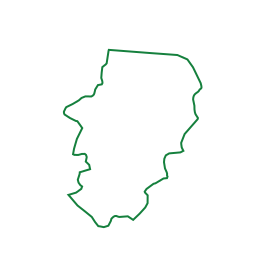 map outline of Santa Bárbara (Robinson projection), rotated 45°
{"feature_id": "HND-650", "entity_name": "Santa Bárbara", "entity_type": "Department", "adm_level": 1, "iso_a3": "HND", "parent_name": "Honduras", "parent_adm1": "", "projection": "robinson", "projection_center": [-88.343, 15.095], "detail": "fine", "context": "isolated", "style": "outline", "palette": "green", "viewbox_px": 256, "rotation_deg": 45, "n_neighbors": 0, "source": "natural_earth", "source_scale": "10m", "svg_char_len": 1596}
<svg xmlns="http://www.w3.org/2000/svg" viewBox="0 0 256 256"><g transform="rotate(45 128 128)"><path d="M59.2,86.3L74.6,73.1L90.0,59.9L105.5,46.5L111.3,41.5L121.5,37.5L131.0,39.1L147.7,44.9L150.3,46.5L151.5,47.6L151.7,48.4L151.5,50.1L151.9,51.9L151.9,53.0L151.5,55.4L151.4,56.9L151.6,58.1L152.0,59.2L152.8,60.5L153.9,61.8L159.2,65.3L161.8,67.8L164.2,69.6L166.0,70.5L170.4,71.5L171.0,72.5L172.3,92.2L176.1,100.9L177.5,102.1L179.8,103.8L183.3,105.0L182.3,108.2L175.1,116.8L174.1,120.6L175.4,124.0L177.6,126.7L182.7,130.4L186.6,131.9L187.9,132.6L189.1,133.9L190.3,134.4L191.0,135.9L188.8,138.6L186.5,147.7L185.5,149.4L184.2,158.0L184.8,161.2L185.6,161.6L189.5,161.7L195.0,167.3L196.4,172.0L196.8,180.4L196.6,189.3L190.3,190.6L184.9,196.9L183.9,197.6L181.9,198.5L181.0,199.5L180.5,201.0L180.4,203.8L181.6,205.9L183.2,211.0L181.0,215.2L177.7,217.4L176.4,218.4L171.3,217.8L165.3,216.5L157.4,217.3L147.1,218.5L133.2,217.4L137.0,210.4L138.0,204.1L136.9,201.8L134.7,202.1L131.7,201.6L129.1,200.1L126.3,194.7L125.2,193.4L130.3,183.9L126.6,181.5L121.9,181.6L119.7,178.2L119.3,177.7L117.3,176.7L115.7,176.9L113.7,179.0L111.9,182.2L109.1,184.9L107.7,185.4L104.5,180.8L99.6,171.9L95.7,160.4L87.4,159.0L86.1,159.9L79.8,162.0L73.6,163.3L72.5,162.9L71.3,162.0L70.8,160.9L70.4,159.6L70.0,158.7L69.6,156.9L71.9,150.2L73.7,143.2L73.9,139.6L75.5,135.8L79.8,131.6L80.2,130.1L80.2,128.6L79.8,127.5L78.3,125.0L77.6,124.0L76.4,118.9L78.6,115.7L78.4,115.0L78.1,114.2L76.6,113.0L73.7,111.5L70.1,107.3L66.8,103.1L67.1,100.3L67.3,99.0L67.2,97.4L59.7,87.2L59.2,86.3Z" fill="none" stroke="#15803d" stroke-width="2"/></g></svg>